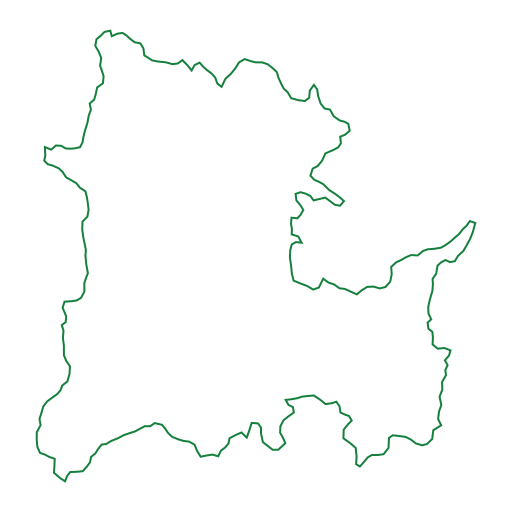 Cataguases, Minas Gerais, Brazil (Natural Earth projection)
{"feature_id": "56859067B63513924392946", "entity_name": "Cataguases", "entity_type": "district", "adm_level": 2, "iso_a3": "BRA", "parent_name": "Brazil", "parent_adm1": "Minas Gerais", "projection": "natural_earth1", "projection_center": [-42.658, -21.332], "detail": "fine", "context": "isolated", "style": "outline", "palette": "green", "viewbox_px": 512, "rotation_deg": 0, "n_neighbors": 0, "source": "geoboundaries", "source_scale": "gbopen_adm2", "svg_char_len": 4353}
<svg xmlns="http://www.w3.org/2000/svg" viewBox="0 0 512 512"><path d="M313.9,84.9L309.8,90.6L309.2,97.7L304.9,101.0L298.4,100.2L291.2,98.2L287.5,92.0L283.8,88.7L280.9,83.1L278.3,77.4L276.9,72.2L273.0,68.4L267.6,64.2L262.1,62.4L255.5,62.3L251.0,61.2L244.6,59.1L239.0,62.4L235.3,68.4L230.9,73.8L225.4,78.8L221.6,86.8L217.3,83.5L215.2,77.5L211.3,73.3L206.9,70.0L203.2,66.7L199.6,62.6L194.6,65.1L191.6,70.5L187.5,65.3L182.4,60.1L178.0,63.4L172.5,64.2L165.8,62.3L157.9,61.5L152.1,60.4L148.1,57.7L144.3,55.4L143.4,48.3L140.3,43.3L134.7,42.3L130.6,39.2L126.4,35.4L122.5,32.9L117.3,33.7L111.8,36.2L110.3,30.7L104.5,31.9L100.9,35.6L96.5,39.2L95.3,45.8L98.8,51.9L101.2,57.9L100.1,65.8L102.2,71.6L103.6,76.3L102.9,83.3L97.1,87.5L95.7,94.4L94.1,99.7L89.7,103.5L90.9,109.8L88.8,115.4L87.5,122.5L84.9,131.0L83.5,136.7L82.5,142.5L80.0,147.2L75.2,148.3L70.4,148.7L65.8,148.5L61.1,145.8L56.0,145.5L51.2,149.6L44.9,147.1L45.3,155.4L44.2,160.6L47.7,164.2L52.4,165.5L58.7,168.3L62.5,171.9L66.2,177.4L71.9,180.6L76.3,183.2L80.0,187.8L85.4,191.3L86.9,197.2L87.7,202.3L88.6,209.7L87.4,216.7L82.5,221.6L82.2,229.3L83.3,237.4L84.9,245.1L85.9,250.2L85.4,255.6L86.3,264.4L87.9,273.2L85.9,278.2L84.3,283.3L84.4,291.6L81.0,297.9L76.6,300.5L71.6,301.2L64.5,301.7L62.6,307.7L66.2,316.3L65.7,322.1L61.8,325.1L63.5,330.6L62.9,338.0L63.9,345.7L63.9,355.2L66.3,361.0L70.0,366.4L69.5,374.0L67.4,381.4L62.3,385.5L60.4,390.4L57.2,394.1L51.9,397.9L47.1,401.5L43.3,406.4L41.5,412.7L39.5,419.0L40.6,425.1L36.8,432.2L36.7,439.5L37.4,447.0L40.1,453.0L45.0,454.6L49.2,456.9L54.7,458.8L54.5,464.4L54.0,472.8L60.4,478.3L65.1,481.3L67.2,475.8L70.3,472.0L76.8,471.8L82.7,471.2L86.8,466.7L90.0,462.3L91.1,456.9L95.4,453.4L98.1,449.0L101.6,444.6L106.2,444.0L111.1,441.0L117.8,438.3L123.7,435.2L129.1,433.3L135.3,431.3L140.2,428.6L144.8,426.2L150.1,426.2L154.8,423.1L162.0,424.8L165.3,428.8L168.1,433.0L172.3,436.9L178.2,439.3L183.4,440.9L189.1,441.6L194.5,444.6L197.2,451.1L200.7,456.7L206.0,455.6L212.6,454.6L218.2,456.3L221.0,450.6L225.0,447.6L228.4,443.7L229.6,438.2L236.3,434.7L241.5,432.5L246.7,437.6L249.0,431.4L251.7,422.9L258.0,423.4L261.0,427.6L261.0,433.3L262.9,442.1L267.7,445.9L272.8,449.8L278.3,449.7L285.3,443.2L282.9,437.6L280.1,432.7L280.4,426.2L283.6,420.2L288.5,416.3L293.8,412.5L293.0,407.2L288.4,404.8L285.7,399.9L291.9,399.2L297.7,398.1L301.8,396.7L307.7,396.0L313.9,395.5L320.7,400.1L325.6,404.1L332.2,403.1L336.3,401.7L339.5,406.2L340.4,412.4L344.4,414.4L349.0,416.0L351.7,420.6L348.1,424.2L343.7,429.7L343.4,438.3L349.9,442.9L355.7,447.9L356.6,456.6L356.1,464.1L359.9,466.5L364.5,461.3L367.7,457.4L371.9,455.0L377.8,455.0L383.6,454.2L388.5,447.9L389.0,437.9L392.8,435.3L399.0,436.0L405.6,436.9L410.8,439.5L416.0,443.5L422.2,445.3L427.0,444.0L432.2,439.0L433.3,430.2L441.2,425.3L438.1,419.0L439.0,411.6L441.3,405.0L439.6,396.7L442.3,389.7L442.1,382.0L446.0,375.1L445.3,370.1L447.6,365.2L444.9,360.3L449.0,355.6L450.5,350.4L444.3,348.0L437.7,348.7L432.6,344.5L432.9,337.7L432.4,331.9L428.4,328.7L427.6,322.6L431.2,319.3L428.5,313.6L428.2,307.3L429.8,299.8L432.4,291.0L432.9,284.2L432.6,278.9L436.2,273.7L437.5,265.6L441.2,262.3L445.5,260.0L449.9,262.1L454.8,261.2L458.0,255.9L463.4,250.9L466.9,244.9L470.1,238.9L472.8,232.1L475.3,223.0L469.8,221.1L466.6,225.7L462.7,229.3L459.2,233.9L455.3,237.2L450.7,241.4L445.5,245.1L440.9,247.7L434.3,248.8L427.6,249.3L422.9,251.0L417.8,255.4L411.0,255.1L405.4,257.5L401.2,260.0L396.2,262.3L391.2,266.9L391.7,274.3L390.2,281.7L385.5,287.0L379.7,288.4L373.5,286.6L367.2,286.9L361.7,290.3L356.8,294.4L350.6,291.6L344.8,288.9L339.5,288.3L334.2,284.5L328.5,282.6L323.2,278.7L318.9,287.5L313.2,289.6L307.4,286.1L300.0,283.3L293.6,280.6L291.9,273.8L291.0,265.0L289.9,257.5L290.3,249.8L291.8,244.4L295.9,242.1L301.6,242.7L298.2,236.4L291.7,234.4L291.9,228.8L291.0,223.8L291.5,217.7L297.3,218.3L300.7,214.7L303.3,210.0L300.5,205.4L296.4,200.4L295.6,193.9L300.5,192.2L305.5,193.6L310.2,195.8L313.6,200.4L319.4,199.0L325.3,197.6L330.3,201.3L334.9,204.8L340.0,205.7L344.0,201.1L339.6,197.2L335.2,193.9L329.4,190.2L323.4,184.3L319.0,181.8L314.4,179.9L310.4,175.7L312.7,168.6L317.6,166.1L322.0,160.8L325.4,153.4L333.5,149.9L338.4,147.2L340.9,143.3L340.2,136.7L344.9,134.8L349.7,130.8L348.3,123.8L344.4,121.7L339.8,120.5L333.8,116.4L329.9,109.5L324.5,108.5L320.6,103.5L318.1,95.9L317.2,89.5L313.9,84.9Z" fill="none" stroke="#15803d" stroke-width="2"/></svg>